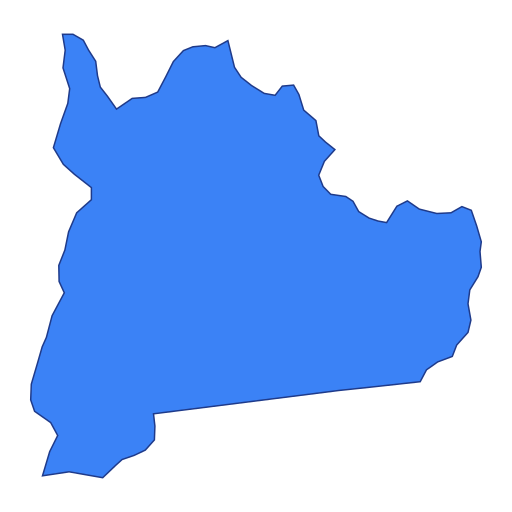 the district of Itaguari, Goiás, Brazil
{"feature_id": "56859067B11030704466933", "entity_name": "Itaguari", "entity_type": "district", "adm_level": 2, "iso_a3": "BRA", "parent_name": "Brazil", "parent_adm1": "Goiás", "projection": "mercator", "projection_center": [-49.628, -15.936], "detail": "fine", "context": "isolated", "style": "filled", "palette": "blue", "viewbox_px": 512, "rotation_deg": 0, "n_neighbors": 0, "source": "geoboundaries", "source_scale": "gbopen_adm2", "svg_char_len": 1292}
<svg xmlns="http://www.w3.org/2000/svg" viewBox="0 0 512 512"><path d="M42.5,475.8L69.1,471.8L102.7,477.7L115.6,465.4L122.1,459.5L134.1,455.4L145.3,450.1L154.4,439.9L154.9,426.1L153.5,413.8L338.6,390.5L370.9,387.1L420.2,381.7L426.5,369.8L437.7,361.9L452.3,356.4L456.7,345.0L468.0,332.4L470.9,320.1L468.0,303.8L469.8,289.9L478.0,276.7L481.3,267.3L480.0,251.5L481.3,241.8L476.7,226.0L471.3,210.3L461.9,206.6L451.0,212.8L436.8,213.5L419.3,209.1L407.4,200.9L396.9,206.2L386.6,222.6L377.9,221.0L369.1,218.1L358.7,211.6L353.0,201.3L345.8,196.5L330.7,194.3L323.1,186.5L318.7,175.2L324.4,161.3L334.9,149.6L325.5,142.1L318.8,135.8L315.9,120.6L303.7,110.1L298.9,94.5L293.6,85.1L282.3,86.1L275.1,95.3L264.2,93.4L251.5,85.5L241.1,77.3L234.5,67.3L227.9,40.6L214.9,47.7L205.5,45.6L192.8,46.8L183.4,50.6L173.4,61.5L165.8,76.7L157.7,92.1L145.5,97.4L132.2,98.4L116.5,109.1L107.5,96.3L100.3,87.1L97.5,75.7L95.7,61.3L88.5,50.0L83.3,40.2L73.0,34.3L62.5,34.3L65.2,50.2L63.0,67.9L69.7,88.6L67.8,103.4L60.6,123.5L53.4,147.7L63.4,164.4L74.3,174.2L91.4,187.6L91.4,199.7L76.7,212.8L68.6,231.8L64.9,250.0L58.8,265.4L59.1,281.5L64.3,292.8L52.1,315.7L46.4,337.4L42.2,346.8L37.4,363.5L31.3,384.2L30.7,399.9L34.6,411.3L50.7,422.6L57.7,435.5L49.7,451.6L42.5,475.8Z" fill="#3b82f6" stroke="#1e3a8a" stroke-width="1.5"/></svg>